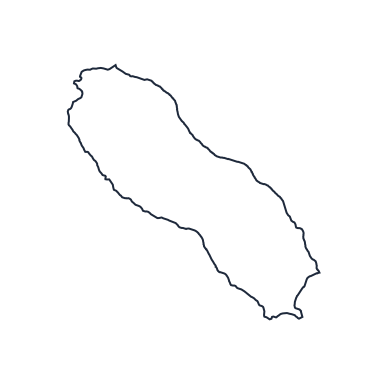 Grecia, Alajuela, Costa Rica (Albers equal-area conic projection), rotated 108°
{"feature_id": "36466004B60213245209904", "entity_name": "Grecia", "entity_type": "district", "adm_level": 2, "iso_a3": "CRI", "parent_name": "Costa Rica", "parent_adm1": "Alajuela", "projection": "albers", "projection_center": [-84.294, 10.09], "detail": "fine", "context": "isolated", "style": "outline", "palette": "slate", "viewbox_px": 384, "rotation_deg": 108, "n_neighbors": 0, "source": "geoboundaries", "source_scale": "gbopen_adm2", "svg_char_len": 6037}
<svg xmlns="http://www.w3.org/2000/svg" viewBox="0 0 384 384"><g transform="rotate(108 192 192)"><path d="M186.8,305.9L186.1,303.6L186.3,302.8L187.0,302.1L188.7,299.4L188.9,298.6L189.7,297.5L190.4,296.9L191.8,295.2L192.4,293.4L193.6,291.8L194.5,290.9L195.7,290.5L197.3,288.9L199.7,287.3L201.0,286.1L202.3,283.8L203.5,282.3L203.4,279.5L203.6,279.2L203.9,278.8L206.2,278.5L206.6,278.3L206.4,276.9L205.6,274.6L209.5,269.6L211.8,268.4L214.0,267.0L214.3,264.3L215.0,263.2L215.2,262.6L216.6,260.5L217.2,259.5L217.4,258.5L218.6,256.8L218.6,253.8L218.2,252.7L218.2,252.0L217.5,250.4L217.7,249.0L218.1,247.8L219.4,246.5L219.9,245.7L220.3,244.5L221.6,241.8L221.7,238.2L221.9,236.9L222.4,235.8L223.4,234.3L225.0,232.8L225.0,230.9L224.9,230.1L224.5,229.2L224.4,227.4L225.1,225.5L225.8,224.3L227.5,216.9L227.0,215.4L225.7,213.2L225.7,212.1L225.9,211.4L225.9,206.2L226.2,204.8L226.6,197.9L228.1,195.0L228.6,194.6L229.4,193.1L229.4,190.9L229.0,189.4L229.0,186.4L228.8,186.3L228.8,185.9L228.4,185.4L227.7,183.7L227.7,177.7L227.9,176.4L228.5,174.5L229.0,173.7L229.0,173.4L229.9,172.3L230.5,171.1L231.6,169.8L231.6,169.5L233.1,167.8L234.4,166.7L236.2,165.8L236.7,165.4L237.6,165.0L238.0,165.0L238.9,164.2L239.9,163.8L241.1,162.4L241.8,161.1L242.1,161.0L242.1,160.6L242.4,160.5L242.9,159.6L245.9,156.7L246.0,156.4L250.2,152.4L251.7,150.5L253.7,148.3L254.3,147.3L255.1,146.5L255.8,146.4L255.8,146.0L256.9,144.7L258.4,143.7L258.7,143.1L259.2,142.6L259.2,142.3L259.7,141.4L259.7,140.6L259.5,140.4L259.5,135.9L259.9,134.5L260.5,133.5L260.8,133.3L260.9,133.0L262.5,131.1L264.9,129.3L265.3,129.2L265.9,128.5L267.4,127.2L267.7,127.1L268.5,126.1L268.3,123.9L267.9,123.1L267.9,121.6L269.2,119.6L269.4,118.6L269.4,114.9L270.3,111.4L273.4,103.3L273.4,102.4L273.9,100.2L275.1,97.9L275.5,96.2L276.3,95.3L278.0,93.9L278.8,93.0L278.9,92.7L278.9,90.4L279.1,89.5L279.4,88.8L280.0,88.3L283.1,86.3L286.6,85.5L287.6,85.1L288.2,84.6L288.1,82.4L289.1,78.8L288.0,77.3L286.1,77.3L285.9,77.1L285.3,76.1L285.3,73.5L285.1,73.0L283.6,72.2L283.0,71.6L281.3,70.5L280.5,69.8L279.4,68.1L277.9,64.6L277.7,63.7L277.7,61.9L277.4,59.4L277.4,56.2L278.2,54.9L278.5,53.6L279.2,52.3L279.4,51.1L276.7,48.4L272.0,51.5L271.6,51.5L271.3,51.9L270.5,53.5L270.5,57.6L270.1,58.4L268.0,59.6L267.2,59.6L264.7,60.2L260.2,60.2L259.5,60.0L258.4,60.0L257.8,59.6L249.7,57.4L248.1,56.8L247.8,56.3L247.4,56.3L246.8,55.9L239.8,55.9L238.3,55.7L237.5,55.2L237.2,55.1L235.8,54.0L235.3,53.1L231.1,48.7L230.8,48.0L230.5,47.9L230.5,47.5L229.8,46.8L229.3,45.9L227.9,47.2L227.5,48.1L227.2,48.3L227.1,48.7L226.8,48.9L226.8,49.2L225.9,50.0L223.2,50.7L222.8,51.1L221.5,51.7L219.7,53.0L218.8,55.4L218.8,56.5L218.2,57.8L216.4,60.1L212.9,62.7L212.0,64.2L211.2,64.8L210.9,65.4L210.0,66.4L208.8,67.3L207.5,67.7L206.9,68.2L204.9,69.1L203.8,69.8L203.5,70.3L202.4,71.0L202.0,71.6L199.8,72.5L199.1,72.5L198.1,72.9L197.4,72.9L196.1,73.4L195.0,74.2L193.9,75.4L193.3,76.2L193.3,77.0L193.1,77.3L193.1,78.4L193.7,80.5L193.6,81.9L193.0,82.4L190.8,83.6L189.9,84.6L189.4,85.0L189.2,85.6L189.2,86.7L188.5,88.7L185.1,91.4L184.4,93.3L182.5,95.6L172.5,102.6L171.0,104.8L170.5,105.1L170.2,106.1L169.4,107.0L169.1,108.6L168.6,109.6L167.7,111.1L167.4,112.2L166.2,114.0L166.1,114.6L165.4,116.1L165.0,116.4L164.7,117.3L164.3,117.5L163.9,118.3L163.8,118.9L163.4,119.3L163.0,120.9L162.4,121.8L162.4,123.0L162.1,124.0L162.1,125.8L162.4,126.3L162.4,130.3L162.1,130.6L161.5,133.3L161.2,133.6L161.1,134.2L160.8,134.6L159.7,135.7L159.1,136.7L158.6,136.9L158.3,137.5L156.6,139.5L156.1,139.6L155.6,140.3L154.5,141.1L154.5,141.6L154.0,141.9L152.4,143.5L151.2,146.1L150.4,146.9L150.4,147.4L149.9,148.1L149.9,148.6L149.6,148.9L149.6,149.5L149.0,151.0L149.0,157.4L149.3,158.3L149.3,167.6L149.6,167.9L149.6,172.0L149.9,172.8L149.9,174.0L150.4,175.5L150.4,179.6L149.9,181.1L149.9,181.7L149.0,182.9L149.0,183.5L148.7,183.8L148.7,184.4L148.4,184.7L148.4,185.2L148.1,185.5L148.1,186.1L147.8,186.4L147.8,187.0L146.5,188.8L146.1,189.9L145.5,190.5L145.5,191.0L145.2,191.5L145.2,193.2L144.9,193.5L144.8,195.2L143.9,196.9L143.4,197.3L142.7,198.8L142.0,199.6L141.1,201.4L141.1,203.2L140.8,203.6L140.8,204.7L140.1,206.1L138.6,208.2L137.7,209.0L136.8,211.0L136.5,211.4L136.5,212.0L136.0,212.2L135.5,213.0L133.0,215.2L132.1,216.4L129.8,219.9L129.7,220.4L129.2,220.7L128.5,221.6L128.1,222.7L127.8,223.1L127.7,223.6L124.6,227.7L122.3,229.4L119.8,230.7L119.4,231.1L118.4,231.5L118.1,231.8L117.5,231.8L115.6,232.9L115.0,232.9L114.3,233.5L113.8,233.6L113.1,234.5L112.6,234.7L111.9,235.4L110.5,236.3L109.2,238.6L108.8,238.8L108.6,239.7L106.8,242.2L106.6,243.3L106.1,243.6L105.9,244.6L105.4,245.6L105.4,246.8L104.6,248.8L104.5,249.9L104.2,250.2L104.2,250.8L103.3,251.8L103.3,252.4L102.6,253.1L102.4,253.6L102.2,253.9L102.1,254.4L101.6,255.1L101.6,256.8L101.3,257.3L101.3,259.6L101.0,260.0L100.6,261.5L100.2,261.9L100.1,262.5L99.2,263.7L99.2,264.3L98.7,264.9L98.7,265.4L98.7,269.5L100.1,271.9L99.9,280.0L100.2,281.8L100.2,284.2L100.7,285.2L100.9,286.5L100.2,287.4L99.9,288.2L100.1,291.5L98.9,295.2L97.4,301.7L97.0,302.4L94.9,303.9L100.6,308.4L101.7,309.9L101.8,314.4L102.2,317.1L103.4,319.7L104.3,321.1L105.2,324.5L106.0,325.5L107.2,326.7L107.9,329.3L108.9,331.1L109.9,332.5L111.6,333.9L112.0,334.1L116.5,334.3L116.9,334.2L117.3,333.7L117.3,332.8L117.6,332.5L118.1,332.3L119.3,332.3L121.0,333.4L121.4,333.9L121.7,336.0L122.2,337.1L123.1,338.1L125.2,337.8L125.4,335.7L125.8,335.1L126.9,333.8L128.5,333.1L128.7,332.8L128.7,331.0L129.6,328.8L130.2,328.0L130.2,327.7L130.8,327.3L131.1,327.3L131.7,326.8L132.8,326.5L136.1,326.5L137.3,327.3L137.8,328.0L138.2,328.3L138.8,329.0L141.0,330.4L143.2,332.9L144.7,332.7L148.0,332.7L149.5,332.9L150.5,333.4L151.6,334.7L152.2,335.0L153.9,335.0L156.0,333.9L156.1,333.6L157.9,332.5L160.0,331.8L163.2,330.9L164.3,330.8L165.9,330.3L166.6,329.6L166.7,329.2L167.6,327.7L168.5,326.6L169.8,324.8L170.6,324.1L171.2,323.3L171.9,321.7L172.6,320.8L173.4,319.2L175.6,316.5L177.1,315.2L177.5,315.2L178.4,314.5L179.6,313.2L179.9,312.7L180.2,312.6L181.9,311.2L183.7,308.8L184.5,308.1L184.8,308.0L186.8,305.9Z" fill="none" stroke="#1e293b" stroke-width="2"/></g></svg>